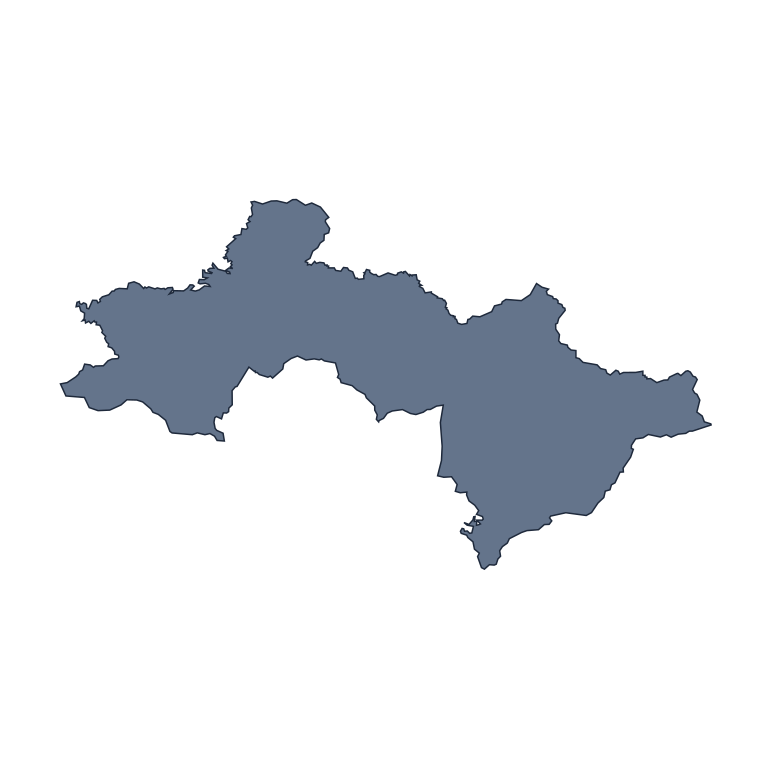 outline of Mushindano, North-Western, Zambia, rotated 85°
{"feature_id": "96606910B46264133370016", "entity_name": "Mushindano", "entity_type": "district", "adm_level": 2, "iso_a3": "ZMB", "parent_name": "Zambia", "parent_adm1": "North-Western", "projection": "natural_earth1", "projection_center": [26.828, -12.5], "detail": "fine", "context": "isolated", "style": "filled", "palette": "slate", "viewbox_px": 768, "rotation_deg": 85, "n_neighbors": 0, "source": "geoboundaries", "source_scale": "gbopen_adm2", "svg_char_len": 6147}
<svg xmlns="http://www.w3.org/2000/svg" viewBox="0 0 768 768"><g transform="rotate(85 384 384)"><path d="M575.4,302.9L577.2,300.1L573.2,294.7L574.0,290.0L573.3,287.9L568.3,285.8L565.7,282.9L560.2,283.3L556.3,280.2L553.2,275.0L549.0,272.6L543.9,259.9L542.5,254.4L542.6,242.8L538.0,236.5L538.2,231.7L535.0,228.8L531.8,230.8L530.1,229.5L528.1,214.1L532.6,194.0L530.2,188.5L521.3,181.3L516.2,174.9L510.0,172.9L509.1,168.1L504.2,166.2L502.6,162.5L492.4,156.6L492.5,153.2L488.6,153.1L478.4,144.7L470.8,141.3L469.7,143.2L466.6,142.8L460.6,138.1L460.2,130.7L457.3,125.1L460.9,113.3L459.2,107.1L462.0,102.6L459.6,95.3L459.5,87.7L457.6,84.0L457.8,80.8L453.3,61.7L452.2,61.9L449.6,68.2L443.6,69.8L439.2,74.8L427.6,70.8L421.6,73.1L420.1,75.3L416.3,77.1L406.9,71.6L404.2,73.1L403.2,75.5L398.8,77.8L397.3,80.1L397.6,82.3L401.5,87.5L399.0,90.3L399.2,91.5L402.0,99.0L404.7,100.9L404.5,104.7L406.4,112.1L401.8,118.0L401.8,121.7L400.1,121.5L399.7,123.4L398.2,123.2L397.9,125.4L393.8,125.0L394.4,132.2L393.4,144.4L394.7,148.3L391.7,149.5L390.5,151.8L394.8,157.8L392.6,161.0L389.1,161.9L387.5,166.9L383.5,170.0L379.8,183.9L375.7,187.3L374.5,190.5L367.4,189.9L366.5,194.6L363.5,197.6L361.2,198.0L359.1,204.3L356.2,206.2L350.2,204.9L344.4,208.1L339.3,207.8L338.5,205.9L333.8,204.2L326.4,197.1L324.3,197.2L323.3,199.1L320.4,199.9L318.6,203.6L316.2,203.4L314.3,205.1L313.7,207.9L311.6,208.4L309.2,213.5L305.8,214.2L303.8,211.8L301.4,218.1L297.2,223.3L307.7,230.5L312.9,239.9L310.4,255.1L312.5,259.1L314.6,259.9L315.8,267.1L321.3,270.4L325.4,282.6L324.1,289.7L326.8,293.0L327.0,294.8L330.9,296.1L331.4,301.5L329.8,305.2L326.0,306.2L325.1,307.6L323.0,307.3L323.0,309.0L322.1,308.7L321.3,311.6L319.3,313.1L316.0,313.9L314.6,315.6L313.6,314.7L312.9,316.2L309.1,314.8L305.8,316.3L306.0,317.3L304.1,318.5L302.8,323.5L301.8,323.0L297.6,328.9L296.4,328.8L296.8,335.1L292.1,337.0L289.9,340.3L288.9,339.8L288.9,338.0L286.7,340.7L284.7,339.4L283.1,341.9L278.0,342.4L277.9,346.5L278.7,346.7L277.2,348.6L278.6,349.2L273.7,352.9L274.0,354.6L275.2,354.9L273.8,357.0L274.8,360.8L276.2,361.1L276.7,363.3L273.7,370.3L276.6,379.0L276.2,380.9L274.2,382.3L274.2,384.7L272.8,386.9L271.3,388.5L269.5,388.3L268.4,391.5L270.9,392.9L271.4,394.4L272.6,393.4L274.0,394.7L277.4,394.9L277.5,400.4L276.2,401.4L276.3,403.4L269.5,405.4L267.6,409.1L265.2,410.3L264.4,414.2L267.9,417.2L266.6,422.3L264.0,423.4L263.5,429.4L261.7,428.9L261.4,430.7L260.5,430.4L260.5,432.4L258.1,433.3L257.2,437.4L257.9,440.9L255.8,442.4L259.3,446.1L258.3,447.5L258.7,449.8L256.4,449.4L255.4,451.8L254.6,451.5L252.4,446.8L245.5,443.4L242.4,438.2L238.0,435.3L235.6,431.3L229.8,430.5L228.6,426.0L224.4,424.6L217.3,428.3L215.3,427.9L213.2,424.5L202.2,431.9L197.4,440.2L199.1,446.7L192.6,455.2L192.4,459.0L195.4,465.0L192.2,474.7L191.9,480.4L194.1,489.3L190.8,497.1L191.1,500.6L194.4,499.3L197.1,500.8L203.7,500.2L205.7,501.8L205.4,503.2L208.5,505.1L210.5,503.3L212.2,507.0L216.6,506.1L217.9,507.7L216.8,512.0L222.6,513.5L223.3,520.0L224.6,521.3L226.3,519.1L233.6,528.9L235.9,526.9L237.3,529.6L238.2,527.9L241.6,530.7L243.0,529.9L243.9,532.9L245.3,532.0L245.0,529.1L248.7,528.7L247.6,526.1L248.9,524.8L250.8,526.1L252.1,525.0L253.8,526.8L255.8,524.6L254.9,528.3L257.0,531.8L259.1,528.0L260.6,527.7L260.2,530.5L257.9,531.8L255.2,539.3L248.7,543.9L250.7,544.9L253.8,543.4L253.6,547.4L254.9,549.5L256.1,549.4L258.1,545.6L258.9,546.2L257.5,552.5L255.1,552.9L254.7,554.7L261.8,555.3L262.9,550.7L264.4,553.9L263.8,558.8L267.1,560.3L268.2,558.5L268.1,553.1L269.6,549.9L271.7,548.7L270.7,554.2L274.1,559.8L275.0,563.9L273.5,568.4L270.0,564.5L268.7,565.8L268.3,568.6L271.4,571.3L273.8,575.5L272.7,585.5L274.5,586.0L275.6,590.0L271.2,585.9L269.4,586.4L269.3,590.9L270.7,593.8L269.6,594.7L269.8,597.8L268.5,601.5L269.3,603.8L266.7,609.9L267.7,612.3L266.5,613.7L267.9,615.1L263.1,619.0L260.4,624.1L261.4,629.6L266.8,631.5L265.7,639.5L266.4,643.3L267.9,644.8L267.8,646.8L271.1,650.3L272.6,657.0L274.9,659.8L277.0,659.3L278.3,661.9L275.7,662.9L275.2,667.0L283.4,671.6L282.6,673.5L278.7,673.5L277.7,674.6L277.0,676.4L278.3,678.3L277.5,680.1L275.3,680.3L275.9,682.7L280.2,684.0L279.9,680.6L284.7,679.7L287.3,676.1L292.8,677.0L294.7,678.9L294.2,676.2L297.2,676.0L295.8,672.6L298.1,670.7L295.8,667.2L297.1,666.6L297.3,665.0L299.9,665.6L300.7,662.0L306.4,659.7L308.1,660.6L312.2,657.1L314.1,658.2L318.2,656.6L319.9,654.8L322.7,655.6L324.3,652.1L327.9,649.6L330.7,649.6L332.2,646.1L334.0,645.8L335.5,646.7L335.4,652.8L336.8,656.9L341.4,662.0L340.9,670.1L342.1,671.9L339.4,675.0L338.1,680.5L343.7,683.0L345.2,686.2L347.6,687.3L350.1,690.5L355.0,699.5L355.7,706.3L368.2,701.9L371.3,683.6L381.8,679.7L385.6,671.2L386.1,659.5L381.9,647.7L377.3,641.5L378.4,631.7L380.8,626.0L388.4,618.5L392.1,616.6L394.6,611.5L401.1,604.7L412.6,601.4L414.3,599.4L417.8,579.4L416.4,574.3L418.9,566.8L418.2,561.7L421.2,557.4L425.7,555.2L426.9,548.0L419.0,548.6L415.6,554.7L413.5,556.1L407.3,556.7L402.8,555.5L401.8,553.8L404.6,548.9L398.8,546.6L399.2,543.3L398.0,541.2L394.5,540.7L391.5,537.0L377.4,535.9L373.9,532.4L373.6,530.6L355.4,517.1L360.0,512.2L359.8,511.3L361.4,511.1L361.4,509.4L363.7,507.4L367.1,499.1L366.2,496.5L368.4,494.5L360.2,483.5L355.0,482.1L350.5,474.3L348.6,467.8L353.3,459.6L352.9,451.3L354.3,446.4L353.6,444.2L355.8,441.4L358.8,430.5L370.6,428.3L373.4,429.8L375.4,427.3L378.9,426.6L382.9,415.8L387.5,411.6L392.7,403.8L396.2,402.8L405.1,395.2L409.2,395.5L414.2,393.4L418.5,394.7L421.3,392.6L420.0,392.1L418.2,387.5L413.4,383.3L411.6,378.1L411.1,367.8L415.7,360.2L417.2,354.9L415.5,347.3L413.2,343.3L413.4,340.1L410.6,333.6L410.2,326.8L427.3,331.2L451.1,331.5L465.2,333.4L480.1,338.6L482.1,332.6L482.3,324.8L490.5,319.9L497.1,322.3L499.0,317.5L498.9,310.9L501.7,311.4L507.9,309.5L512.6,304.2L518.4,300.7L521.9,303.2L524.6,297.5L527.2,296.9L528.2,298.0L527.7,303.4L531.8,300.1L532.4,301.7L532.8,304.2L528.9,303.5L528.8,306.0L523.9,304.8L524.1,306.2L527.1,307.2L531.3,311.6L529.0,316.4L531.9,313.5L533.6,307.3L540.0,309.5L540.2,311.7L537.7,313.8L537.7,316.6L535.2,317.2L534.7,318.8L537.4,320.7L539.5,320.1L541.8,314.8L544.2,313.9L549.0,309.1L556.4,308.3L560.8,303.8L564.1,305.8L575.4,302.9Z" fill="#64748b" stroke="#1e293b" stroke-width="1.5"/></g></svg>